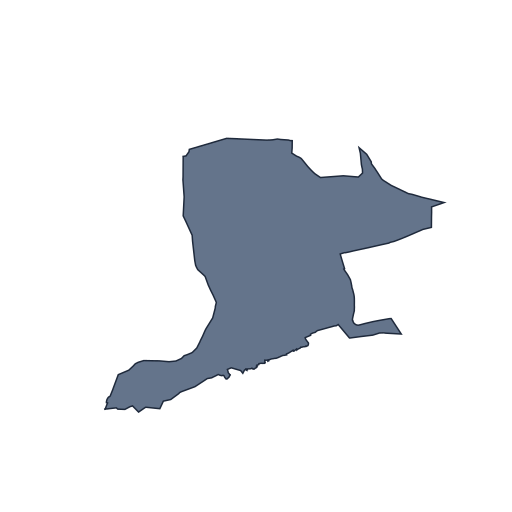 the district of Chanal, Chiapas, Mexico, rotated 160°
{"feature_id": "50627088B97747696398754", "entity_name": "Chanal", "entity_type": "district", "adm_level": 2, "iso_a3": "MEX", "parent_name": "Mexico", "parent_adm1": "Chiapas", "projection": "albers", "projection_center": [-92.197, 16.605], "detail": "fine", "context": "isolated", "style": "filled", "palette": "slate", "viewbox_px": 512, "rotation_deg": 160, "n_neighbors": 0, "source": "geoboundaries", "source_scale": "gbopen_adm2", "svg_char_len": 4993}
<svg xmlns="http://www.w3.org/2000/svg" viewBox="0 0 512 512"><g transform="rotate(160 256 256)"><path d="M88.3,260.6L91.5,262.5L104.9,276.2L110.5,283.5L111.6,285.4L113.3,293.1L114.0,295.9L114.3,297.4L116.0,303.1L115.5,305.2L117.2,313.7L118.3,315.7L122.1,322.5L122.8,316.8L125.7,305.8L126.2,302.3L126.2,301.6L127.5,297.5L132.8,295.2L146.5,301.5L168.6,307.7L172.5,313.1L173.6,315.2L175.0,318.2L176.8,322.5L179.1,329.2L180.0,331.7L180.4,332.5L181.9,334.3L183.7,335.9L187.2,340.5L185.1,345.1L182.5,352.0L184.3,352.7L185.9,353.9L193.1,357.1L194.0,357.6L195.9,358.6L200.7,359.5L203.8,360.4L204.9,360.8L206.0,361.1L233.2,372.4L233.3,372.5L243.4,376.6L282.2,379.0L283.3,376.9L287.5,374.0L290.4,374.5L290.4,374.4L297.4,355.5L298.6,352.6L303.3,336.1L310.7,318.6L310.1,312.4L308.9,297.3L310.5,291.8L315.1,272.7L315.9,268.0L315.8,266.0L315.4,263.1L311.6,255.9L310.9,254.4L310.8,253.9L310.8,246.5L310.8,245.0L310.7,243.9L310.3,239.0L309.7,233.9L309.2,226.9L309.2,225.8L311.4,222.6L312.1,221.0L317.9,212.6L327.8,204.8L329.0,203.7L330.0,202.7L333.6,198.9L337.2,195.5L337.7,194.9L338.2,194.4L343.1,189.8L348.7,187.2L349.7,187.0L354.6,186.8L357.6,186.9L361.1,185.2L367.2,184.7L373.9,186.4L382.9,190.6L386.1,191.8L390.0,193.3L397.2,196.1L403.1,196.4L406.3,196.0L409.2,194.5L414.6,192.2L426.0,191.6L435.6,180.3L436.4,179.3L439.3,176.1L440.8,174.4L441.7,173.9L442.7,173.9L443.4,173.5L444.1,173.0L445.2,172.0L446.3,170.4L446.7,169.4L446.2,169.1L445.7,168.7L446.2,168.1L446.4,168.0L449.6,164.3L450.1,164.1L450.3,164.0L450.4,163.9L451.0,163.7L450.4,163.6L449.6,163.5L448.9,163.5L447.8,163.1L446.8,162.9L439.2,161.1L438.3,159.4L431.7,156.7L425.9,157.5L424.1,157.4L423.3,157.4L419.7,149.5L412.5,151.4L411.3,151.6L398.6,145.4L392.7,151.3L385.2,150.3L375.7,153.1L374.4,153.8L372.3,154.0L358.0,154.1L343.7,157.5L339.3,156.7L337.1,157.0L336.7,157.0L333.9,157.3L333.5,157.4L332.5,157.5L332.1,157.6L331.9,157.5L330.7,156.3L329.2,155.3L328.9,155.3L328.5,155.2L328.2,155.1L327.8,155.2L327.5,155.0L327.1,154.6L327.0,153.8L326.9,152.9L326.3,150.8L326.0,150.6L325.7,150.5L325.5,150.4L325.2,150.4L325.1,150.5L324.9,150.5L324.7,150.6L324.2,150.8L323.8,151.0L323.5,151.1L323.3,151.2L322.9,151.3L322.6,151.6L322.4,151.9L322.1,152.0L322.0,152.3L321.7,152.5L321.4,152.8L321.1,152.9L320.9,153.0L320.9,153.3L321.1,153.4L321.3,153.6L321.4,154.0L321.6,154.8L321.9,155.4L322.0,155.9L322.0,156.2L321.9,156.4L321.8,156.7L321.8,157.0L321.8,157.3L321.8,157.5L321.7,158.7L321.7,158.9L321.7,159.2L317.5,159.4L309.6,153.6L308.5,150.3L305.9,152.7L304.8,153.0L304.0,152.0L303.9,153.0L303.1,152.3L303.0,152.9L302.1,152.6L301.6,152.5L301.1,152.3L299.2,151.8L298.3,152.0L297.4,151.2L297.5,150.8L296.6,150.4L296.1,150.4L295.3,150.8L294.2,150.9L293.3,151.2L293.3,152.2L292.5,152.1L292.5,153.1L291.5,153.0L290.5,153.0L290.1,153.9L289.2,153.7L288.2,153.5L287.3,153.2L286.4,152.8L285.4,152.5L284.5,152.2L284.4,152.2L284.2,153.1L283.8,153.0L283.7,154.0L283.4,155.1L282.4,154.7L281.5,154.4L280.5,154.2L280.8,153.1L279.8,153.2L279.8,154.2L278.6,154.0L277.6,154.0L276.9,154.0L276.6,154.0L275.7,153.8L274.8,153.6L273.8,153.5L272.8,153.2L271.8,153.0L270.8,153.0L269.8,153.0L269.3,153.1L268.8,153.1L268.0,153.1L266.8,153.3L265.8,153.3L264.8,153.4L263.9,153.1L262.9,152.9L262.0,152.8L261.0,152.6L260.8,153.6L260.0,153.6L259.1,153.6L257.2,153.9L256.2,154.2L255.2,154.3L254.4,154.5L253.4,154.8L253.4,153.8L252.4,153.7L251.6,154.1L251.2,154.3L250.7,154.4L249.7,154.7L249.8,153.7L248.9,154.1L247.9,154.2L245.9,154.4L245.1,155.0L244.2,154.6L243.4,154.6L242.4,154.5L241.5,154.2L240.6,154.0L239.9,154.3L239.7,153.9L239.3,154.0L238.0,154.0L237.3,154.6L236.7,155.6L236.5,156.4L236.8,157.3L237.1,158.3L237.5,159.6L237.8,160.9L237.8,162.0L237.7,162.5L231.8,162.8L231.6,163.8L230.3,164.1L229.0,164.2L227.6,164.1L226.5,164.0L225.4,164.4L223.8,164.9L222.8,164.8L206.5,163.5L204.4,163.0L202.2,163.5L196.2,147.0L195.7,146.8L185.3,144.5L173.3,141.7L166.3,141.4L162.3,140.1L160.4,139.1L146.2,133.0L150.4,151.0L152.1,151.5L158.8,152.7L161.6,153.2L168.4,154.3L176.8,155.3L181.3,155.7L183.7,156.0L185.3,157.0L186.1,157.9L187.1,159.7L187.3,162.5L187.2,162.5L187.3,162.9L186.5,164.5L184.8,167.2L184.5,167.7L183.7,168.9L182.3,171.0L182.0,171.9L181.3,173.6L181.2,173.8L180.9,174.6L180.7,175.3L180.5,175.9L180.1,177.0L179.6,178.3L178.9,180.2L178.6,181.1L178.1,182.5L177.6,184.3L177.3,185.8L177.1,187.2L177.1,187.3L176.7,191.3L176.7,192.7L176.7,192.8L176.6,193.7L176.6,194.0L176.5,194.3L176.4,194.6L176.4,194.9L176.3,195.1L176.3,195.3L176.2,195.5L176.2,195.8L176.1,196.4L176.0,196.9L175.8,198.2L175.6,199.8L175.4,201.5L176.3,207.0L177.5,211.5L178.0,213.7L177.1,213.8L176.6,223.0L176.2,229.1L171.8,228.9L170.8,228.5L166.7,227.9L162.9,227.5L145.2,225.1L133.3,223.6L126.7,222.7L126.3,222.8L126.0,222.8L125.9,222.9L125.6,222.9L125.2,222.9L124.8,222.9L121.5,222.5L118.4,222.5L113.8,222.6L106.5,222.9L98.4,223.4L90.0,223.9L81.4,222.9L81.0,223.9L78.2,231.4L77.6,233.0L76.1,236.8L74.2,242.1L61.0,241.9L80.7,254.9L81.1,255.3L88.3,260.6Z" fill="#64748b" stroke="#1e293b" stroke-width="1.5"/></g></svg>